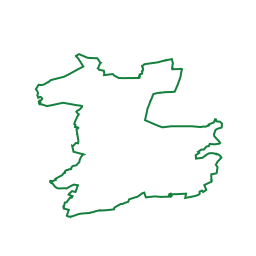 the district of Zaļenieku pag., Jelgava, Latvia, rotated 342°
{"feature_id": "27541924B28600018737203", "entity_name": "Zaļenieku pag.", "entity_type": "district", "adm_level": 2, "iso_a3": "LVA", "parent_name": "Latvia", "parent_adm1": "Jelgava", "projection": "equal_earth", "projection_center": [23.49, 56.518], "detail": "fine", "context": "isolated", "style": "outline", "palette": "green", "viewbox_px": 256, "rotation_deg": 342, "n_neighbors": 0, "source": "geoboundaries", "source_scale": "gbopen_adm2", "svg_char_len": 5444}
<svg xmlns="http://www.w3.org/2000/svg" viewBox="0 0 256 256"><g transform="rotate(342 128 128)"><path d="M198.1,198.4L199.0,197.3L199.7,195.6L200.8,193.5L201.0,192.8L200.2,190.1L202.5,187.9L202.8,187.7L207.6,185.1L207.3,183.7L207.1,183.6L207.2,183.0L205.4,180.8L204.2,179.9L204.0,180.3L202.5,179.1L201.5,178.5L200.0,177.8L199.0,177.5L196.8,177.1L193.8,177.9L193.5,177.9L193.5,178.1L189.1,179.4L188.2,179.1L183.2,178.1L183.4,177.3L183.7,176.6L184.0,174.7L186.9,174.0L188.0,173.7L187.3,172.3L191.1,171.2L192.6,171.6L193.5,172.0L196.9,169.8L199.2,170.3L200.8,168.4L205.3,170.3L208.4,170.8L209.8,171.1L210.1,171.1L211.1,170.5L210.3,168.5L209.1,166.0L207.5,162.3L207.9,160.4L210.8,156.8L211.8,156.6L213.2,156.4L217.2,156.5L217.5,156.0L218.1,154.5L218.7,152.8L217.4,150.4L214.1,149.0L214.3,147.0L213.6,146.6L211.2,149.3L208.0,149.4L205.8,149.6L205.9,150.6L202.0,150.7L200.0,149.8L198.7,149.8L197.3,149.4L197.2,149.5L190.7,146.7L189.6,146.2L170.0,139.8L161.0,138.0L157.3,135.2L146.6,125.8L151.6,117.4L152.3,115.9L155.2,112.5L156.7,110.6L158.5,108.4L158.4,108.4L158.5,108.3L158.8,108.1L161.0,105.6L160.9,105.5L162.6,103.6L165.7,103.7L169.6,104.3L169.6,104.5L174.0,105.3L181.3,107.4L183.7,107.9L187.7,103.2L188.0,103.0L190.2,100.2L193.8,95.5L195.3,92.4L197.5,88.7L196.4,88.0L195.1,87.8L193.0,87.2L188.8,86.0L189.1,85.5L188.2,85.1L188.3,84.8L188.7,84.1L189.4,83.0L189.6,82.2L189.9,81.7L190.7,80.6L190.8,77.6L190.9,76.0L183.9,75.3L184.1,75.1L176.9,74.8L164.5,72.6L163.2,72.4L162.3,73.0L161.4,73.3L160.6,73.2L160.5,73.6L160.5,74.8L160.8,75.4L160.5,76.1L160.3,77.1L159.8,78.0L159.6,78.2L159.3,78.2L159.0,78.1L158.8,78.3L158.9,78.5L159.0,78.6L158.8,78.9L158.5,80.2L158.0,80.7L157.1,80.7L156.6,80.5L156.0,80.6L154.7,81.8L154.6,82.1L154.8,82.2L155.2,82.1L155.4,82.3L155.0,83.0L154.3,83.5L154.2,83.9L151.9,83.2L138.9,79.1L135.2,77.8L134.7,77.6L131.1,73.9L130.2,72.0L127.0,71.4L121.5,70.3L122.1,69.4L122.7,66.3L122.7,66.0L122.5,65.9L118.7,63.9L118.5,63.5L117.9,62.0L117.8,61.9L118.5,61.4L120.7,58.6L122.1,57.7L121.9,57.6L121.0,54.4L121.0,54.5L120.4,52.2L112.5,49.3L111.1,48.6L106.3,44.4L104.2,42.6L102.5,43.0L102.2,43.2L101.2,43.2L100.7,43.4L100.9,44.0L102.0,46.2L102.4,47.4L102.7,48.6L104.5,55.7L97.5,56.9L90.9,58.2L83.1,59.5L69.5,58.6L68.5,59.0L68.5,58.9L65.8,60.0L65.5,59.7L62.0,60.6L61.1,60.6L59.5,60.5L57.5,59.9L57.1,59.6L56.7,59.4L56.3,59.3L55.8,59.8L55.2,60.3L52.4,62.6L53.2,65.3L53.2,66.1L53.1,66.4L53.1,66.6L53.1,67.3L51.9,68.8L51.9,69.3L52.0,70.7L52.0,71.1L51.9,71.5L52.1,71.6L52.3,71.6L53.0,71.3L53.5,71.3L53.9,71.3L54.8,71.8L55.1,72.1L55.2,72.4L55.3,73.2L55.5,73.6L55.3,73.9L54.1,74.7L53.8,74.8L53.1,74.6L52.5,74.6L52.5,74.8L52.7,75.1L52.9,75.2L53.0,75.2L52.8,75.6L52.7,75.7L52.4,75.7L52.2,75.4L51.8,75.3L51.6,75.2L51.4,75.3L51.4,76.1L51.1,76.4L51.1,76.6L51.4,76.7L51.8,76.5L52.2,76.5L52.5,76.6L52.5,76.9L51.6,77.0L51.3,77.2L51.2,77.3L51.2,77.5L51.4,77.8L51.3,78.1L52.3,78.4L55.4,80.4L57.6,82.1L62.9,82.8L63.2,82.8L70.0,83.5L73.9,83.9L76.8,85.4L85.9,90.3L89.6,92.0L91.1,93.0L90.5,93.9L88.0,95.3L87.2,95.6L86.0,95.7L84.0,96.5L84.5,98.3L85.4,99.8L85.2,100.1L83.6,101.2L79.5,105.7L78.1,107.7L78.9,108.6L79.0,108.7L79.0,108.8L77.8,110.4L77.8,110.6L80.3,111.7L80.8,112.4L80.6,112.8L78.6,113.3L78.1,117.0L77.9,117.4L78.0,117.4L76.8,125.1L75.7,127.1L73.9,126.1L70.1,128.2L69.4,127.6L68.9,132.9L68.8,133.7L75.9,138.3L76.6,138.5L77.6,139.4L77.2,139.4L76.4,139.7L75.2,140.5L74.2,141.2L72.2,143.4L71.3,145.2L71.1,145.5L69.2,146.3L68.0,147.2L67.7,147.3L66.7,147.5L66.1,147.4L64.4,147.1L63.7,147.2L62.4,147.7L62.2,147.9L61.9,148.2L61.3,149.5L60.6,149.6L59.7,149.1L59.3,149.0L58.8,149.0L58.5,149.1L58.2,149.3L57.6,149.3L57.1,149.1L56.5,149.0L54.7,149.7L54.5,149.8L54.4,150.1L54.5,150.5L54.4,150.9L54.2,151.2L54.0,151.3L53.8,151.3L53.0,151.1L52.0,151.6L51.3,152.3L51.0,152.4L50.4,152.6L49.3,152.8L47.4,153.1L47.0,153.1L45.1,153.6L43.5,153.8L43.3,153.8L43.0,154.1L43.3,155.0L41.5,155.1L39.5,155.4L39.0,154.7L37.8,154.2L37.4,155.0L37.3,155.4L37.7,156.2L38.2,156.8L39.1,157.6L39.3,157.8L40.1,160.4L40.2,160.8L40.5,161.3L41.9,163.2L43.4,164.1L49.2,165.7L50.8,166.5L55.9,165.5L59.0,165.1L62.7,167.0L58.3,172.6L56.7,171.7L55.3,170.7L52.2,172.1L51.0,173.0L54.2,175.8L52.8,176.9L51.4,176.3L50.3,177.1L46.5,179.7L44.8,179.4L43.6,181.6L42.1,182.8L42.7,183.5L42.0,184.8L46.4,187.5L42.7,192.5L43.1,193.0L43.9,193.7L44.1,193.9L44.6,194.1L46.1,194.5L46.3,194.7L46.3,194.8L46.7,194.6L48.5,194.8L54.0,194.6L56.0,194.8L59.9,195.6L61.7,196.1L63.9,196.6L65.6,197.1L66.0,196.9L66.4,196.8L67.9,197.0L68.8,197.3L71.5,197.1L75.8,197.6L75.7,197.8L80.0,199.0L85.7,200.3L89.6,201.0L90.5,199.5L97.6,198.0L99.6,198.6L101.6,198.2L105.4,198.3L107.0,196.2L109.6,196.2L111.1,196.1L115.6,196.3L118.5,195.5L121.2,194.5L123.5,194.5L123.5,197.4L123.6,199.5L126.2,200.0L130.2,200.9L132.0,201.2L137.8,203.6L141.7,204.8L144.8,205.7L147.0,206.2L147.0,205.9L147.4,205.7L147.8,205.8L147.9,206.0L147.7,206.2L147.5,206.4L147.5,206.5L148.2,206.3L148.6,206.0L148.9,205.4L148.4,205.4L146.3,205.3L146.0,205.2L146.0,204.9L146.3,204.6L146.6,204.0L147.0,203.6L147.4,203.6L148.5,203.6L148.6,203.9L148.2,204.0L148.4,204.2L148.4,204.3L153.9,206.0L162.9,208.4L160.8,212.2L163.3,212.5L165.9,212.9L167.6,213.0L170.3,213.4L173.2,213.4L175.6,213.0L176.5,210.6L179.1,210.4L179.6,212.1L183.3,211.1L182.9,205.9L184.5,205.6L189.4,205.0L190.1,205.1L191.1,204.7L191.5,203.2L191.1,202.9L191.6,201.9L192.0,201.0L192.2,199.8L192.9,197.8L195.8,198.2L196.0,198.2L198.1,198.4Z" fill="none" stroke="#15803d" stroke-width="2"/></g></svg>